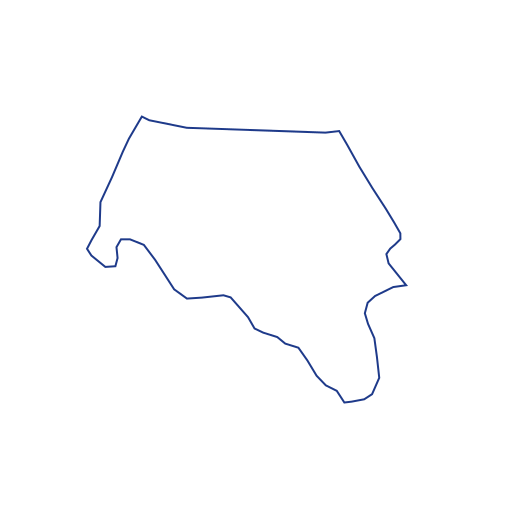 map outline of Makedonska Kamenica (Equal Earth projection), rotated 327°
{"feature_id": "MKD-3006", "entity_name": "Makedonska Kamenica", "entity_type": "Statistical Region", "adm_level": 1, "iso_a3": "MKD", "parent_name": "North Macedonia", "parent_adm1": "", "projection": "equal_earth", "projection_center": [22.521, 42.044], "detail": "fine", "context": "isolated", "style": "outline", "palette": "blue", "viewbox_px": 512, "rotation_deg": 327, "n_neighbors": 0, "source": "natural_earth", "source_scale": "10m", "svg_char_len": 928}
<svg xmlns="http://www.w3.org/2000/svg" viewBox="0 0 512 512"><g transform="rotate(327 256 256)"><path d="M236.2,76.9L240.4,84.0L267.8,110.8L381.5,190.4L393.8,196.5L393.0,212.8L391.3,237.3L390.6,262.6L390.6,287.1L390.1,303.4L389.4,315.6L386.3,320.5L378.8,322.1L372.6,322.9L366.4,325.4L363.2,334.4L366.0,362.3L354.2,356.8L334.1,354.4L324.2,356.0L316.1,363.3L313.0,373.9L310.5,389.4L302.4,406.6L293.0,425.3L278.1,435.1L268.7,435.1L256.8,430.2L250.3,427.0L250.3,426.3L250.3,413.1L244.1,402.5L241.6,389.4L242.2,371.5L241.6,356.0L232.8,345.4L229.7,335.6L220.3,324.2L215.3,316.0L216.0,303.0L212.2,276.9L207.3,271.2L187.9,261.4L174.9,254.1L169.2,239.4L169.3,204.3L168.0,185.6L159.4,173.4L151.8,168.5L143.8,172.6L138.8,182.3L132.5,188.0L123.7,183.1L118.2,166.0L118.2,161.5L118.2,157.9L126.9,153.0L141.2,145.7L154.9,126.1L178.1,111.5L201.1,96.0L213.3,88.4L235.8,77.1L236.2,76.9Z" fill="none" stroke="#1e3a8a" stroke-width="2"/></g></svg>